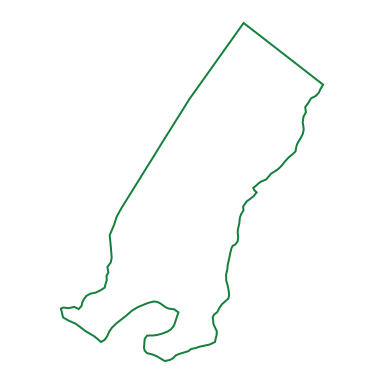 the district of Santa Cruz de Monte Castelo, Paraná, Brazil
{"feature_id": "56859067B19396255459942", "entity_name": "Santa Cruz de Monte Castelo", "entity_type": "district", "adm_level": 2, "iso_a3": "BRA", "parent_name": "Brazil", "parent_adm1": "Paraná", "projection": "albers", "projection_center": [-53.375, -23.082], "detail": "fine", "context": "isolated", "style": "outline", "palette": "green", "viewbox_px": 384, "rotation_deg": 0, "n_neighbors": 0, "source": "geoboundaries", "source_scale": "gbopen_adm2", "svg_char_len": 1912}
<svg xmlns="http://www.w3.org/2000/svg" viewBox="0 0 384 384"><path d="M215.0,342.0L215.8,338.1L216.6,335.3L216.8,331.2L213.5,324.3L213.1,320.3L212.7,317.1L214.3,314.4L217.3,312.1L219.3,308.1L221.9,304.3L228.5,298.4L229.1,295.1L228.7,291.0L227.8,286.2L226.2,280.5L226.1,274.6L227.4,268.8L227.7,265.0L229.2,258.3L230.1,253.8L231.4,248.3L232.7,245.8L235.3,244.5L237.6,241.6L238.2,237.3L237.7,232.7L238.0,229.0L239.3,223.4L239.9,217.5L241.2,214.0L243.5,210.3L243.1,206.7L244.9,203.9L246.7,201.4L250.0,199.0L253.8,195.9L256.7,192.3L254.5,190.5L253.3,187.9L256.0,185.7L259.1,182.9L261.4,181.4L266.1,179.5L271.1,173.7L278.3,169.0L281.9,165.4L284.6,161.8L288.9,157.2L291.9,154.8L295.5,151.5L296.2,147.4L296.9,144.6L298.8,141.0L300.9,137.7L302.8,133.8L303.7,129.6L303.3,125.8L302.7,122.2L303.5,116.7L305.9,112.2L305.2,107.2L308.0,103.4L310.9,98.5L315.9,95.8L318.7,92.8L320.6,88.8L323.1,84.7L272.9,45.7L243.6,23.0L189.1,99.5L185.9,104.7L161.7,143.3L154.0,155.8L123.5,204.8L121.9,207.3L116.7,216.7L114.0,225.0L109.7,235.2L110.7,245.5L111.7,257.8L110.7,262.5L107.4,267.0L108.4,272.4L106.5,275.8L106.8,280.1L105.6,283.8L104.7,287.6L101.2,289.9L95.7,292.6L90.3,293.7L86.4,295.9L84.2,298.8L82.4,302.0L81.5,306.0L78.6,309.1L74.5,306.9L68.3,308.2L63.7,307.5L60.9,308.5L61.8,311.9L63.0,317.4L69.0,320.8L75.2,323.5L77.5,325.0L85.6,331.2L94.1,336.2L97.4,338.8L100.9,342.0L104.7,339.8L107.0,336.6L109.3,331.5L111.8,327.8L116.6,323.2L126.3,315.6L132.0,310.6L137.5,307.3L140.1,306.2L148.1,302.9L153.8,301.5L157.2,301.9L160.5,303.5L165.8,307.4L169.1,308.7L174.2,309.3L178.4,312.4L176.1,319.3L174.0,325.6L170.8,329.5L167.2,331.7L161.9,333.7L157.8,334.8L153.9,335.4L147.1,335.6L144.7,338.8L144.0,347.8L144.7,350.7L147.0,353.1L152.6,354.5L156.9,356.3L164.7,361.0L170.0,359.9L173.1,358.2L175.9,355.3L179.3,353.9L188.2,351.2L191.4,348.9L195.4,348.1L199.9,346.6L209.5,344.6L215.0,342.0Z" fill="none" stroke="#15803d" stroke-width="2"/></svg>